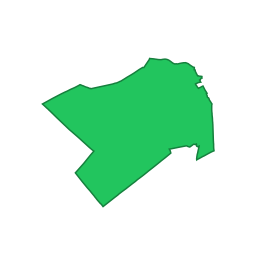 Robanesti, Dolj, Romania, rotated 22°
{"feature_id": "2599482B88574316896273", "entity_name": "Robanesti", "entity_type": "district", "adm_level": 2, "iso_a3": "ROU", "parent_name": "Romania", "parent_adm1": "Dolj", "projection": "mercator", "projection_center": [24.033, 44.301], "detail": "fine", "context": "isolated", "style": "filled", "palette": "green", "viewbox_px": 256, "rotation_deg": 22, "n_neighbors": 0, "source": "geoboundaries", "source_scale": "gbopen_adm2", "svg_char_len": 4542}
<svg xmlns="http://www.w3.org/2000/svg" viewBox="0 0 256 256"><g transform="rotate(22 128 128)"><path d="M134.3,210.2L141.8,197.1L142.7,195.6L143.7,193.9L144.3,192.6L146.3,189.2L147.6,187.1L148.2,186.1L148.8,185.2L149.8,183.4L152.8,178.2L154.9,174.7L156.1,172.3L157.6,169.9L159.4,166.9L159.9,166.0L160.5,165.0L161.1,163.9L162.0,162.3L163.0,160.4L164.4,158.0L166.4,154.5L168.1,151.5L171.5,145.3L173.7,141.5L177.1,135.2L176.2,134.0L175.7,133.3L174.2,132.1L175.0,131.6L176.0,131.0L176.6,130.6L179.8,128.5L182.2,126.9L188.9,122.6L190.6,122.7L192.4,122.5L193.5,120.8L194.2,119.6L194.9,118.5L195.5,118.3L195.9,118.2L196.1,118.2L196.4,118.2L196.7,118.0L197.1,117.5L197.3,117.2L197.5,117.3L197.5,117.5L197.8,118.0L198.0,118.6L198.1,118.8L198.4,119.0L198.6,119.1L198.8,119.2L199.2,119.2L199.4,119.2L199.8,119.2L200.2,118.9L200.5,118.4L200.7,118.2L200.9,119.1L201.0,119.9L201.2,120.8L201.5,122.8L201.9,124.8L202.1,126.6L202.5,128.4L202.7,129.1L202.9,129.8L203.1,130.7L203.4,131.4L203.7,131.8L203.8,131.6L203.9,131.3L204.3,130.9L205.2,129.9L208.1,126.3L208.9,125.5L209.7,124.5L211.0,122.9L211.8,121.9L212.9,120.6L214.5,118.7L215.1,118.1L215.5,117.7L215.9,117.3L216.3,116.9L216.1,116.6L215.5,115.5L215.0,114.6L214.0,112.3L213.4,110.8L212.8,109.7L212.4,108.8L211.9,107.8L205.8,94.0L205.3,92.9L204.7,91.7L204.5,91.2L204.0,90.3L203.6,89.5L203.2,88.6L202.8,87.7L202.0,86.1L201.8,85.8L201.1,84.5L200.3,82.7L199.7,81.7L199.2,80.6L198.8,79.8L197.1,75.5L196.9,74.5L196.9,74.3L196.2,73.8L195.4,73.3L194.7,72.7L194.3,72.4L193.6,72.0L192.9,71.5L192.4,70.8L192.1,70.5L191.7,70.1L191.3,69.9L191.0,69.9L190.7,69.9L190.3,69.8L190.1,69.7L189.9,69.4L189.7,69.1L189.5,68.7L189.1,68.2L188.5,67.6L188.1,67.1L187.8,66.9L188.0,66.6L188.3,66.2L186.5,64.9L186.1,64.6L185.1,63.9L184.2,63.1L181.8,61.0L181.6,61.2L181.1,61.7L179.9,63.2L179.2,63.9L178.8,64.3L178.4,64.8L178.0,64.6L177.1,64.1L176.5,63.7L176.1,63.4L175.9,63.2L175.5,63.0L175.0,62.7L174.5,62.3L174.1,62.0L174.0,61.8L174.3,61.5L174.7,61.2L175.2,60.7L175.7,60.0L175.9,59.8L176.1,59.7L176.3,59.5L176.4,59.4L176.6,59.3L176.9,59.1L177.2,58.9L177.7,58.6L177.9,58.4L178.0,58.3L178.2,58.2L177.7,57.9L177.5,57.6L177.1,57.4L176.7,56.9L176.4,56.7L176.5,56.5L176.6,56.4L176.8,56.4L177.0,56.3L177.0,56.1L177.0,55.9L177.0,55.3L177.1,54.6L177.2,54.4L177.3,54.3L177.5,54.2L177.8,54.1L177.7,53.9L177.6,53.5L177.4,52.9L177.3,52.6L177.2,52.5L176.8,52.6L176.3,52.8L175.6,52.9L175.1,53.1L174.4,53.3L173.7,53.3L173.3,53.3L173.1,53.5L172.2,52.9L171.2,52.0L169.7,50.7L169.3,50.3L169.1,50.1L168.7,49.4L168.3,49.0L168.1,48.8L167.9,48.9L167.5,49.1L167.4,48.8L167.2,48.4L167.0,47.6L166.8,47.0L166.5,47.0L165.9,47.1L165.7,47.1L165.4,47.1L164.3,46.9L163.3,46.7L163.0,46.6L162.4,46.5L161.1,46.2L159.8,45.8L157.9,45.8L156.9,45.9L156.2,46.2L155.1,46.7L153.4,47.7L152.8,48.1L152.0,48.6L151.6,48.9L151.4,49.0L150.8,49.5L150.2,49.9L149.8,50.1L149.6,50.2L149.0,50.3L148.5,50.5L147.4,51.1L147.0,51.1L146.7,51.1L146.4,51.1L146.1,51.1L145.8,51.1L145.4,51.0L145.1,51.0L144.7,50.9L143.3,50.5L142.6,50.3L141.8,50.1L140.8,49.9L140.2,49.8L139.8,49.8L139.2,49.8L138.6,49.8L138.0,49.9L137.4,50.0L137.0,50.1L136.3,50.4L135.8,50.6L135.3,50.9L134.7,51.2L133.5,52.0L132.7,52.4L132.2,52.6L131.3,52.9L130.1,53.3L129.1,53.5L128.0,53.8L127.1,54.0L125.9,54.3L124.5,54.7L122.9,55.2L122.0,55.4L122.0,55.6L122.0,55.8L122.1,56.0L122.1,56.4L121.8,57.8L121.3,60.2L120.5,63.9L120.4,64.6L120.2,65.5L120.1,66.0L119.7,66.1L119.0,66.3L116.6,69.4L114.4,72.7L113.0,74.8L111.4,77.0L108.1,81.3L107.3,82.4L106.4,83.7L105.2,85.3L104.5,86.3L103.8,87.2L103.0,87.9L101.8,89.3L101.0,90.0L100.6,90.5L100.1,90.8L99.7,91.0L99.0,91.5L98.1,92.3L97.1,93.1L91.7,96.8L79.3,105.2L78.9,105.4L78.4,105.5L78.2,105.5L77.9,105.4L77.6,105.7L77.1,105.7L76.5,105.6L75.6,105.6L75.0,105.6L74.2,105.7L73.4,105.8L71.2,105.7L70.3,105.7L69.8,105.8L69.5,105.8L69.0,105.8L68.3,105.7L67.3,105.8L67.2,105.9L66.4,107.0L63.4,110.5L60.0,114.0L58.3,116.0L57.4,117.0L56.1,118.3L53.3,121.4L47.0,128.8L39.7,137.8L40.0,137.9L40.2,138.0L40.5,138.1L40.8,138.2L42.4,138.8L42.6,138.9L42.9,139.0L43.1,139.1L43.7,139.3L44.0,139.4L44.3,139.6L44.6,139.7L47.2,140.6L48.2,141.1L48.3,141.1L48.9,141.3L49.1,141.4L58.1,145.1L74.0,151.4L84.6,155.0L94.9,158.8L98.6,160.2L102.4,161.5L104.2,162.0L105.0,162.2L104.3,164.4L103.5,166.7L102.3,170.6L100.2,177.5L96.9,186.8L96.0,189.3L105.9,195.0L112.7,198.7L116.7,200.7L117.7,201.3L118.8,201.9L120.1,202.6L122.5,203.9L123.4,204.5L124.6,205.1L125.4,205.6L127.0,206.5L128.0,207.0L129.6,207.8L130.5,208.3L131.5,208.6L132.3,209.0L134.3,210.2Z" fill="#22c55e" stroke="#15803d" stroke-width="1.5"/></g></svg>